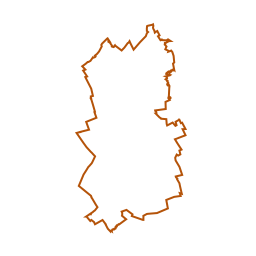 the district of West Rand, Gauteng, South Africa, rotated 336°
{"feature_id": "47623444B6623169143942", "entity_name": "West Rand", "entity_type": "district", "adm_level": 2, "iso_a3": "ZAF", "parent_name": "South Africa", "parent_adm1": "Gauteng", "projection": "orthographic", "projection_center": [27.638, -26.223], "detail": "fine", "context": "isolated", "style": "outline", "palette": "amber", "viewbox_px": 256, "rotation_deg": 336, "n_neighbors": 0, "source": "geoboundaries", "source_scale": "gbopen_adm2", "svg_char_len": 4635}
<svg xmlns="http://www.w3.org/2000/svg" viewBox="0 0 256 256"><g transform="rotate(336 128 128)"><path d="M92.3,105.4L91.7,113.7L82.6,112.1L82.6,112.3L81.0,111.9L79.0,111.6L81.2,123.4L82.3,128.6L83.3,131.6L84.4,134.9L84.8,135.7L85.6,138.2L86.2,139.9L86.4,140.5L82.1,144.2L80.6,145.4L76.7,147.2L76.0,147.4L73.1,149.4L68.4,152.5L67.6,153.3L59.5,160.9L66.6,174.9L66.5,176.5L66.4,176.5L66.4,177.1L66.6,177.8L67.4,184.8L67.9,187.9L64.3,189.8L62.4,190.2L61.7,190.5L58.7,191.0L59.7,192.1L57.9,191.2L53.7,191.9L54.1,192.1L55.7,197.6L57.1,197.1L58.7,200.1L58.7,202.5L67.3,201.7L68.5,206.8L68.3,206.9L68.6,211.8L69.9,215.5L70.0,215.4L70.3,215.4L70.4,215.2L70.6,215.3L71.0,215.1L71.1,215.3L71.2,215.5L71.3,215.0L71.6,215.1L71.9,215.0L72.0,214.9L72.2,214.7L72.4,214.6L72.7,214.7L72.8,214.6L72.8,214.4L73.3,214.4L73.4,214.5L73.5,214.6L73.6,214.8L73.8,214.9L73.9,214.7L74.1,214.6L74.4,214.7L74.5,214.5L74.6,214.4L74.8,214.4L74.8,214.5L74.7,214.6L74.9,214.8L75.1,214.7L75.3,214.5L75.5,214.4L75.6,214.2L75.6,214.3L75.8,214.3L75.7,214.5L75.8,214.6L76.0,214.4L76.1,214.1L76.4,214.1L76.5,213.9L76.6,213.7L76.6,213.4L76.9,213.4L76.8,213.2L77.0,213.1L77.1,213.3L77.4,213.1L78.0,213.1L78.1,212.9L78.1,212.7L77.9,212.6L78.1,212.5L78.1,212.4L78.3,212.3L78.9,212.5L79.3,212.5L79.5,212.5L80.0,212.3L80.2,212.1L80.3,212.1L80.4,212.4L80.5,212.4L80.7,212.5L81.5,212.3L89.2,210.6L86.8,205.7L87.3,205.1L88.2,203.2L88.2,202.9L88.2,201.8L93.3,202.2L93.9,203.3L94.9,205.0L95.0,205.2L97.0,208.7L95.7,210.0L104.1,217.9L104.7,218.2L106.0,215.3L106.3,214.5L110.2,214.2L111.3,214.5L119.9,217.5L131.7,217.7L133.7,209.3L142.2,209.7L148.5,211.5L148.8,208.6L150.4,210.0L150.7,208.2L151.9,202.1L152.5,199.4L152.0,194.8L152.5,194.3L152.0,193.2L151.9,192.7L151.8,192.3L151.9,191.7L158.4,192.9L159.2,184.4L158.3,177.0L159.0,174.4L161.7,172.1L162.6,173.6L165.1,173.4L165.8,169.5L168.1,169.5L166.9,162.1L166.3,157.4L177.6,158.0L177.4,151.3L180.1,152.3L179.6,145.4L179.6,145.2L178.3,145.1L178.3,141.6L178.3,141.3L178.3,141.2L178.1,141.1L178.0,141.3L174.0,141.7L173.5,145.2L172.2,145.3L171.0,141.2L164.8,141.6L165.0,140.0L166.6,135.5L162.0,133.0L161.9,132.2L161.5,131.7L161.2,131.4L159.2,126.1L159.5,126.2L160.0,126.1L160.2,125.4L160.4,124.0L159.9,123.8L160.0,123.0L170.2,126.0L172.9,119.4L177.5,119.4L177.2,117.9L177.8,118.1L178.0,118.2L178.9,118.1L179.0,117.9L179.2,117.6L179.2,117.4L179.1,117.1L178.9,116.9L178.5,116.5L178.2,116.5L177.9,116.3L177.8,116.2L178.0,116.1L182.3,107.6L182.6,107.3L182.6,107.2L182.9,106.4L182.7,106.3L182.9,105.6L181.6,105.2L181.6,104.8L181.7,104.5L181.5,104.2L181.6,103.9L182.0,103.6L182.3,103.5L182.6,103.7L182.8,103.7L183.0,103.6L183.1,103.4L183.0,103.2L183.1,102.9L183.1,102.7L183.1,102.4L183.0,102.2L182.9,101.9L183.1,101.5L183.0,101.4L182.8,101.2L182.9,100.9L183.0,100.9L183.0,100.7L182.9,100.4L183.0,100.4L182.9,100.2L182.6,99.5L182.2,98.8L183.9,98.5L184.0,98.4L184.0,98.1L184.1,97.5L183.9,97.1L183.9,96.9L183.8,96.6L183.7,96.4L183.5,96.2L187.7,96.9L188.1,96.8L184.9,94.1L185.3,93.6L187.8,92.9L188.4,94.7L188.6,94.6L189.2,94.2L189.1,93.7L188.8,93.2L190.0,93.2L190.3,94.0L190.5,93.9L190.4,93.7L190.9,93.1L191.2,93.5L192.2,92.9L192.6,93.7L193.4,93.3L193.8,94.0L195.3,87.5L196.9,86.9L199.0,80.6L199.4,76.5L198.9,74.8L198.1,74.9L195.9,74.7L196.5,74.1L194.1,71.3L196.3,69.2L196.1,68.8L195.9,67.8L195.5,66.8L195.9,66.5L196.3,66.3L196.4,66.2L196.5,66.1L196.0,65.9L196.2,65.5L196.3,65.6L200.7,65.3L202.3,65.9L200.6,63.3L198.8,63.6L194.8,61.5L194.8,60.9L193.4,61.0L192.7,56.4L194.5,56.2L194.2,51.3L192.4,51.5L191.3,51.8L191.4,51.0L191.7,49.6L191.5,48.4L191.5,48.0L191.5,47.4L191.6,46.9L191.8,46.2L192.3,45.6L192.7,45.0L192.8,44.6L192.9,44.1L193.0,43.5L192.4,43.6L190.3,43.2L189.4,43.0L188.7,42.9L188.1,42.7L186.8,42.7L186.3,43.7L185.8,44.5L184.7,47.0L185.4,48.5L183.9,49.0L181.6,51.4L173.9,54.5L165.0,58.7L164.7,52.0L164.7,49.3L164.4,49.5L163.4,50.3L162.3,50.3L157.4,53.1L153.7,54.6L149.8,47.5L149.7,47.5L149.7,47.3L149.7,47.1L149.4,47.2L149.4,47.3L149.1,47.5L148.9,47.6L148.9,47.8L148.6,47.9L148.5,48.0L148.3,48.1L147.9,48.2L147.7,48.2L147.2,47.9L146.9,47.8L147.1,47.8L147.1,47.7L146.5,47.2L146.4,47.0L146.8,46.7L146.8,46.1L146.2,42.8L145.3,41.4L145.5,41.3L145.5,41.1L146.4,41.6L145.8,37.8L145.2,37.9L138.6,40.4L137.4,41.3L137.2,42.8L132.7,46.3L129.9,47.7L127.3,48.4L127.6,49.3L127.5,49.5L126.6,49.8L124.9,49.7L124.7,49.2L121.0,51.4L118.6,51.6L118.0,51.3L115.5,52.1L111.3,53.0L112.8,57.3L110.4,57.3L111.6,64.3L109.7,64.1L110.4,77.1L109.0,84.4L106.9,84.0L106.3,85.7L106.0,85.7L106.0,86.2L106.3,86.3L106.2,86.6L106.1,87.3L106.0,87.9L105.5,92.0L104.4,99.8L103.8,99.8L103.6,102.2L103.3,105.8L92.3,105.4Z" fill="none" stroke="#b45309" stroke-width="2"/></g></svg>